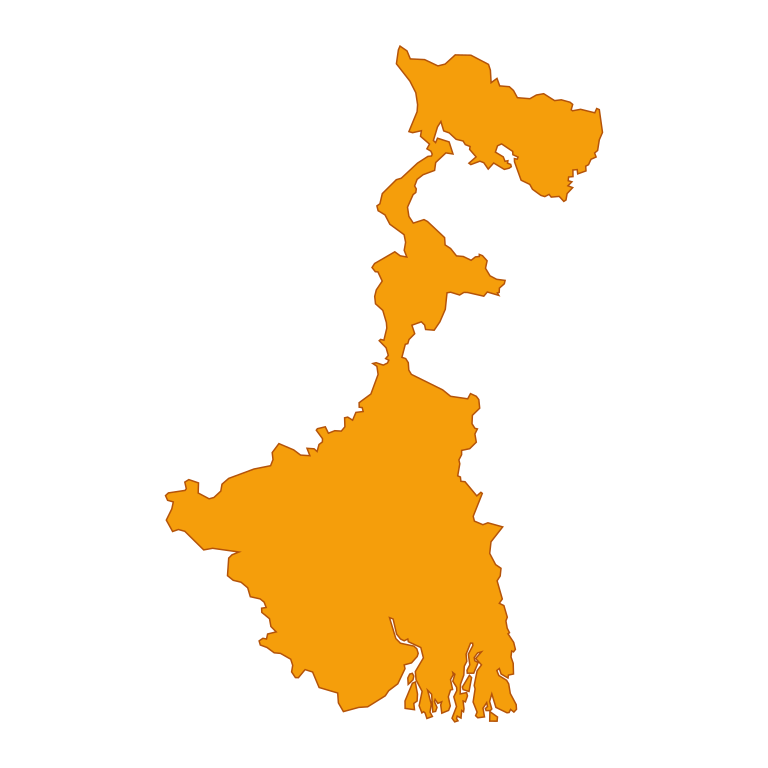 outline of West Bengal
{"feature_id": "IND-3257", "entity_name": "West Bengal", "entity_type": "State", "adm_level": 1, "iso_a3": "IND", "parent_name": "India", "parent_adm1": "", "projection": "mercator", "projection_center": [88.164, 24.386], "detail": "fine", "context": "isolated", "style": "filled", "palette": "amber", "viewbox_px": 768, "rotation_deg": 0, "n_neighbors": 0, "source": "natural_earth", "source_scale": "10m", "svg_char_len": 6111}
<svg xmlns="http://www.w3.org/2000/svg" viewBox="0 0 768 768"><path d="M470.9,55.2L488.5,64.4L490.4,70.2L491.1,82.7L497.0,78.4L499.7,85.9L509.3,86.7L513.5,90.5L517.4,97.7L529.9,98.7L536.4,95.0L543.7,93.7L554.6,100.6L561.3,99.8L570.0,102.2L572.7,104.4L571.2,109.8L572.5,110.8L580.6,109.3L594.8,112.8L596.7,108.5L599.3,109.6L602.5,132.4L599.3,139.8L597.6,150.5L594.6,153.0L596.1,157.0L591.0,159.3L588.5,164.7L585.7,166.2L586.0,170.9L577.7,173.9L577.2,169.6L572.9,170.0L573.0,176.6L568.6,177.0L568.2,180.7L571.9,181.8L567.9,185.8L572.7,187.6L567.1,193.6L566.0,200.0L563.8,201.4L559.2,196.4L551.2,197.1L549.1,194.4L544.8,196.6L540.9,195.4L532.5,189.3L529.8,184.4L521.1,180.2L514.5,161.8L514.4,158.6L517.2,159.2L518.1,157.1L512.9,154.7L512.7,151.4L501.6,143.9L497.5,145.8L495.4,152.1L503.3,156.9L505.0,161.3L507.9,160.7L507.5,163.2L510.7,164.4L511.3,166.7L509.1,168.2L504.3,169.4L493.7,163.0L488.2,169.1L483.8,162.7L479.9,161.2L470.8,164.6L468.9,163.2L476.1,156.9L469.6,149.4L470.1,146.5L465.3,144.6L463.1,141.0L456.1,139.3L449.2,132.9L443.7,130.9L440.9,121.5L437.5,126.9L433.4,140.5L435.6,142.6L437.5,138.2L449.1,141.9L453.0,154.0L445.9,152.9L435.7,162.5L434.6,170.4L423.1,174.7L417.1,179.4L414.6,186.0L416.3,188.9L415.8,192.5L413.1,194.6L407.5,207.2L408.9,216.4L413.3,223.1L424.0,219.6L427.5,221.5L444.6,237.6L445.1,244.9L450.6,248.5L456.5,255.9L463.3,256.5L471.1,260.3L475.4,256.9L479.3,256.5L479.3,254.4L482.5,255.7L487.1,260.8L485.5,268.3L490.0,275.8L496.6,279.3L505.1,280.4L504.3,283.8L499.4,288.1L499.2,292.4L497.3,292.9L498.8,295.4L487.3,292.0L483.8,296.2L467.7,292.5L463.9,292.4L459.6,295.0L450.6,292.2L447.0,292.8L445.3,309.3L439.9,321.8L434.2,330.2L425.6,329.5L424.6,325.0L421.3,321.8L411.9,325.2L414.7,333.7L409.0,339.5L407.8,343.6L405.3,344.3L401.9,357.3L405.7,358.6L408.3,362.7L408.8,370.1L411.4,374.4L442.7,389.9L450.6,396.3L467.7,398.8L470.5,393.6L476.3,396.3L478.8,399.6L479.7,408.2L472.4,415.3L472.0,423.7L474.9,428.3L477.4,428.9L474.9,434.0L476.3,442.2L469.7,448.7L461.6,450.4L461.6,454.7L458.9,459.9L459.8,463.8L457.7,475.8L460.4,477.0L460.9,481.3L465.0,481.7L476.8,495.9L480.9,492.3L482.3,493.4L473.2,516.3L474.4,521.1L482.9,524.7L487.9,522.8L502.7,526.9L491.0,541.8L489.7,553.4L495.6,564.6L501.0,568.3L500.2,576.0L497.1,580.8L502.3,599.0L499.3,603.3L503.9,605.6L507.3,617.2L505.9,620.9L507.2,628.2L509.5,632.7L508.0,633.8L513.7,642.4L515.4,649.4L513.5,651.9L511.7,651.0L511.0,657.0L513.2,663.3L513.5,674.0L508.4,675.1L508.0,678.0L501.1,674.0L499.3,668.5L496.8,670.5L498.8,675.5L506.6,680.3L508.7,683.9L510.3,693.5L516.2,704.6L516.5,709.3L513.9,712.1L510.6,709.4L509.1,712.5L507.0,712.8L495.9,707.4L491.8,693.9L489.6,701.4L491.8,709.0L490.3,710.6L486.1,710.6L485.3,708.6L487.5,706.6L486.7,702.6L483.0,708.2L484.5,716.9L477.8,717.8L475.6,715.7L477.1,712.1L473.1,702.0L475.1,688.9L474.2,685.5L477.1,670.8L481.5,664.9L475.7,658.5L481.5,651.8L477.6,652.9L474.2,657.5L474.7,660.7L478.1,662.6L473.7,673.2L467.3,673.2L467.0,670.3L469.8,664.8L468.3,654.2L472.9,645.5L472.6,643.2L470.5,643.1L466.1,654.2L466.8,661.3L464.3,666.2L463.8,675.1L460.5,684.2L460.2,693.9L466.6,692.6L467.5,695.9L465.4,701.9L463.1,701.0L464.0,708.9L463.5,711.8L461.7,710.5L461.0,718.1L457.2,716.1L456.5,718.6L458.0,720.8L454.7,721.9L452.0,718.2L456.5,706.6L453.8,696.8L456.8,690.6L456.6,687.3L452.8,681.2L454.9,674.2L452.8,672.5L453.3,674.6L450.5,679.6L452.6,689.5L450.5,690.0L448.3,696.8L450.3,705.9L448.6,710.4L441.8,713.2L440.7,705.0L441.7,701.8L437.8,703.4L435.1,699.4L434.4,701.5L437.0,707.4L435.6,711.4L432.8,712.0L431.6,694.2L427.6,690.2L431.3,704.4L430.0,712.1L432.4,716.5L426.9,718.5L425.1,713.0L423.6,711.7L421.9,712.9L419.1,705.7L422.1,691.4L416.1,679.9L415.3,671.6L423.4,657.9L420.8,647.5L408.3,641.7L407.8,639.0L404.2,640.8L400.5,639.0L396.6,634.1L393.1,619.0L389.5,617.6L395.8,638.5L400.4,643.2L413.8,646.1L416.8,648.8L418.2,653.4L417.2,656.5L411.5,662.9L404.2,664.9L405.0,668.7L397.8,683.8L388.7,690.7L385.3,695.8L367.7,706.8L358.8,707.4L343.4,711.6L338.4,702.9L337.7,693.0L319.1,687.5L312.6,672.0L305.1,669.6L298.4,677.7L295.4,677.6L291.6,671.9L292.7,665.3L290.7,659.2L280.5,653.4L274.2,652.8L267.0,647.5L260.3,645.0L259.1,640.9L262.9,638.3L266.5,639.0L267.6,634.0L276.2,631.9L270.9,626.5L269.5,618.7L261.8,612.4L261.6,608.2L266.2,607.5L264.1,602.1L260.1,598.9L250.3,596.7L247.7,587.8L241.0,582.2L233.2,580.3L227.5,575.7L228.7,558.1L232.0,554.8L239.0,552.0L212.6,548.3L203.7,549.9L184.8,531.3L178.4,529.5L172.6,531.5L166.3,520.1L171.8,508.9L173.3,501.9L167.6,500.3L165.5,495.6L168.4,492.9L185.1,490.4L186.3,488.7L184.8,482.1L188.8,479.6L198.5,482.9L198.2,493.0L209.1,498.8L213.9,497.5L220.8,491.1L222.0,484.2L228.7,478.4L254.0,469.0L270.6,465.7L273.0,459.6L272.2,452.6L278.9,443.6L293.7,449.9L300.6,455.1L309.9,455.7L307.0,448.3L314.1,448.8L317.1,451.5L319.0,444.5L322.4,441.9L322.5,438.7L316.3,430.2L317.4,428.7L325.3,426.8L328.4,433.2L334.8,430.7L341.3,431.1L344.9,426.8L344.6,417.8L347.7,417.1L352.6,420.2L355.9,412.4L363.2,411.5L362.2,407.6L359.2,407.2L359.1,402.7L370.9,394.0L378.1,374.4L376.9,366.3L372.8,363.5L376.1,362.7L383.3,365.1L387.5,363.0L388.8,360.2L385.6,358.6L388.3,355.4L386.1,347.8L379.2,340.7L380.6,339.4L383.9,340.2L386.8,328.1L386.4,322.6L382.8,310.4L375.5,303.8L374.7,296.4L376.3,289.9L382.2,281.1L377.9,271.9L375.3,271.7L372.0,267.5L374.6,263.5L394.8,251.8L400.2,255.8L406.8,257.0L404.2,250.3L405.6,242.3L404.1,234.7L389.9,224.3L385.0,214.9L378.1,210.7L376.9,205.9L379.9,203.8L382.3,193.6L396.3,179.7L401.3,178.2L417.5,163.1L427.9,156.4L431.5,156.0L432.2,154.1L430.9,151.2L426.9,148.8L429.5,144.1L420.5,136.3L421.4,130.7L412.6,132.7L408.9,131.6L417.1,111.7L417.6,104.7L415.8,92.7L409.9,81.1L396.4,63.8L398.4,49.8L400.0,46.1L407.0,50.9L410.3,58.9L424.6,59.6L437.9,65.9L445.1,64.1L455.2,54.9L470.9,55.2ZM405.0,701.0L412.4,683.2L415.3,682.0L417.5,694.1L417.1,701.0L413.8,703.4L414.5,709.7L405.1,708.4L405.0,701.0ZM462.4,687.0L469.4,675.3L471.6,677.6L469.0,691.5L463.1,689.6L462.4,687.0ZM489.9,711.6L497.5,717.0L497.1,721.2L489.7,721.1L489.9,711.6ZM408.2,684.4L407.8,678.0L409.7,674.1L412.3,673.3L413.8,676.1L413.0,679.8L408.2,684.4Z" fill="#f59e0b" stroke="#b45309" stroke-width="1.5"/></svg>